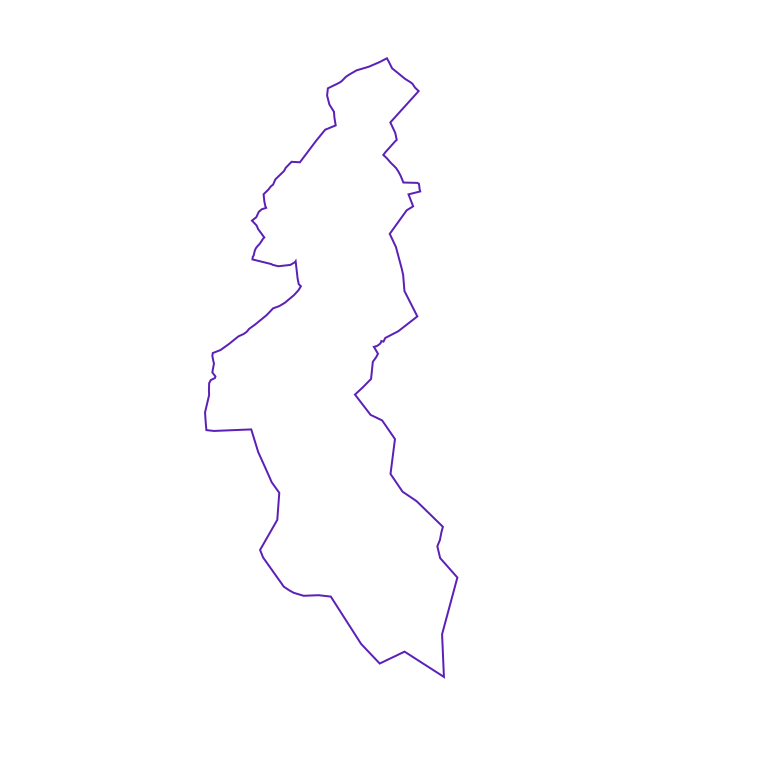 Dunukofia, Anambra, Nigeria (orthographic projection), rotated 144°
{"feature_id": "59680162B76413580563978", "entity_name": "Dunukofia", "entity_type": "district", "adm_level": 2, "iso_a3": "NGA", "parent_name": "Nigeria", "parent_adm1": "Anambra", "projection": "orthographic", "projection_center": [6.949, 6.223], "detail": "fine", "context": "isolated", "style": "outline", "palette": "violet", "viewbox_px": 768, "rotation_deg": 144, "n_neighbors": 0, "source": "geoboundaries", "source_scale": "gbopen_adm2", "svg_char_len": 2146}
<svg xmlns="http://www.w3.org/2000/svg" viewBox="0 0 768 768"><g transform="rotate(144 384 384)"><path d="M183.8,600.6L184.7,605.6L184.5,610.3L185.6,613.6L187.6,618.4L189.7,626.5L191.9,634.7L190.7,641.8L190.2,645.8L198.1,647.0L209.8,649.6L221.9,653.9L230.8,654.8L234.4,654.9L240.1,653.9L243.2,654.0L255.6,656.2L260.5,650.8L263.9,642.2L264.5,633.6L267.4,628.9L271.1,621.6L282.1,624.3L295.5,620.8L321.7,612.8L328.2,618.1L336.4,616.7L339.6,615.1L351.6,613.4L356.5,610.5L359.2,610.4L363.5,609.2L369.7,608.3L370.0,608.1L373.4,602.2L375.4,597.8L375.8,595.8L380.3,597.2L384.1,596.9L387.7,594.9L389.2,594.0L394.8,593.8L393.9,587.0L394.8,583.3L394.7,572.9L396.5,572.6L402.0,570.5L405.7,569.8L408.2,569.0L410.3,567.7L413.9,564.6L415.4,564.0L417.2,562.1L404.7,547.3L404.0,545.8L400.3,541.4L389.8,535.4L384.5,534.9L383.3,535.3L391.9,520.1L394.3,514.9L393.8,511.9L398.2,510.1L404.7,508.8L416.5,508.0L423.0,508.6L429.3,510.4L438.4,508.7L447.5,508.2L452.6,507.9L460.6,507.9L464.6,506.9L468.3,507.0L473.8,508.1L486.0,507.5L496.4,507.6L504.3,509.7L506.3,507.7L508.7,502.6L509.5,500.5L513.7,496.6L516.1,494.2L515.9,489.2L517.4,488.2L521.8,489.0L524.9,487.5L529.5,481.6L531.9,477.9L545.5,466.2L550.7,457.9L554.8,451.1L549.2,446.0L518.1,425.3L525.8,402.8L529.6,384.4L532.6,370.5L532.7,357.5L550.2,336.8L581.8,322.6L583.8,314.7L584.2,278.9L582.0,272.9L579.8,268.2L573.5,259.9L561.1,251.6L552.0,243.3L555.3,187.1L552.6,166.6L551.8,160.4L524.7,155.4L507.7,111.8L484.1,147.4L438.4,184.3L440.9,210.2L436.2,221.4L430.5,224.9L424.7,230.3L420.3,233.9L426.5,270.0L432.3,286.0L431.6,307.4L407.5,333.0L406.9,355.6L413.0,366.9L413.7,392.5L403.5,393.7L391.5,395.7L380.0,408.5L374.6,410.3L371.1,412.0L370.3,420.0L367.5,418.9L364.1,418.8L362.2,419.3L360.9,420.3L359.5,418.6L355.9,420.5L341.4,418.3L317.3,419.1L312.8,447.2L304.4,461.0L301.9,466.8L293.8,487.9L291.1,502.1L263.5,511.2L256.0,510.6L252.7,523.0L241.5,518.5L240.5,521.1L239.4,522.9L238.1,525.5L238.8,527.1L249.9,535.6L248.2,542.4L247.5,547.3L247.3,551.7L248.6,559.7L249.0,565.0L249.9,569.7L246.7,570.7L232.2,573.8L230.2,574.0L227.3,580.6L225.1,591.9L183.8,600.6Z" fill="none" stroke="#5b21b6" stroke-width="2"/></g></svg>